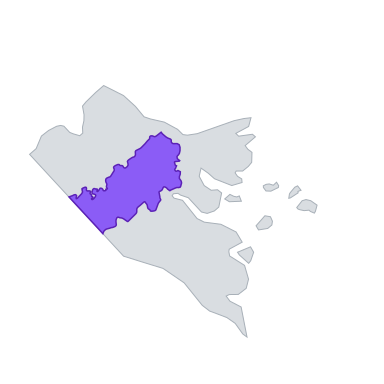 Bafatá on a map of Guinea-Bissau (Robinson projection), rotated 227°
{"feature_id": "GNB-776", "entity_name": "Bafatá", "entity_type": "Region", "adm_level": 1, "iso_a3": "GNB", "parent_name": "Guinea-Bissau", "parent_adm1": "", "projection": "robinson", "projection_center": [-14.664, 12.138], "detail": "fine", "context": "in_parent", "style": "filled", "palette": "violet", "viewbox_px": 384, "rotation_deg": 227, "n_neighbors": 0, "source": "natural_earth", "source_scale": "10m", "svg_char_len": 6401}
<svg xmlns="http://www.w3.org/2000/svg" viewBox="0 0 384 384"><g transform="rotate(227 192 192)"><path d="M48.4,133.3L53.6,132.3L66.4,134.0L76.3,131.9L83.3,128.5L92.9,123.7L102.1,122.2L130.9,124.3L155.9,118.7L174.5,108.0L191.7,98.2L214.0,98.3L237.8,98.5L271.7,98.6L298.6,98.7L330.3,98.9L330.0,107.6L335.6,120.0L334.8,129.1L332.4,137.8L330.3,141.3L327.5,143.2L319.0,143.2L315.4,144.9L309.7,148.3L309.6,152.3L314.1,156.1L317.8,161.5L322.1,165.7L329.5,170.5L330.2,175.9L330.5,189.4L330.1,200.0L309.2,207.7L293.2,209.0L279.7,208.2L273.8,211.4L262.0,219.4L247.6,224.2L240.2,224.5L236.7,227.4L231.1,235.6L215.4,271.5L210.3,280.1L206.1,285.8L201.3,278.1L205.0,264.0L201.0,264.2L193.0,275.6L189.1,276.0L189.7,262.5L185.2,262.0L180.1,262.9L173.0,255.9L172.3,250.6L172.8,243.3L177.2,238.6L176.6,236.6L172.4,236.0L167.7,237.3L164.8,235.1L169.6,225.5L186.3,217.5L194.7,216.7L203.3,214.9L198.6,208.0L188.4,205.3L180.2,207.2L176.2,212.2L171.1,213.0L162.7,201.3L162.9,195.4L166.0,188.5L170.9,185.3L190.3,185.4L197.6,181.5L200.6,180.8L203.4,177.2L202.8,174.9L199.7,174.7L192.4,179.4L169.1,177.6L161.6,180.4L148.7,191.1L132.7,197.0L121.1,194.5L124.8,180.2L123.2,178.2L119.5,175.9L102.5,180.4L89.7,173.9L84.6,166.0L85.5,156.0L91.6,149.3L92.6,146.0L86.2,145.3L74.4,149.5L48.4,133.3ZM104.7,272.9L97.1,274.5L93.7,269.1L93.1,267.1L97.1,265.3L98.9,265.2L101.9,261.3L105.6,258.7L107.3,257.9L109.2,258.0L110.5,266.6L108.7,270.2L104.7,272.9ZM124.9,229.1L120.4,232.5L115.8,230.9L113.4,227.9L113.7,222.5L118.9,214.8L123.6,215.8L124.9,229.1ZM116.9,184.2L112.0,197.4L105.9,196.0L101.7,188.1L101.2,184.8L113.6,183.7L116.9,184.2ZM141.5,256.1L141.5,260.5L137.5,259.7L136.4,258.3L138.8,250.3L142.3,246.8L146.6,247.3L147.9,248.4L147.0,251.5L145.2,254.0L141.5,256.1ZM157.8,221.4L156.9,223.9L151.6,221.8L159.4,212.7L164.6,211.2L164.4,218.1L160.4,219.6L157.8,221.4ZM125.4,270.4L124.5,273.4L118.9,272.9L120.2,269.9L119.0,269.0L120.6,259.9L121.4,258.5L124.1,261.9L124.5,263.3L125.4,270.4Z" fill="#d9dde1" stroke="#a8b0b8" stroke-width="1"/><path d="M222.3,98.4L229.9,98.5L263.4,98.6L272.3,98.7L270.8,102.2L270.4,103.7L269.9,104.5L269.5,105.0L269.0,105.1L268.5,105.2L268.0,105.1L267.7,104.7L267.2,103.8L266.5,103.1L266.1,102.9L265.8,103.1L265.6,103.9L266.0,110.0L266.4,111.4L266.6,111.9L267.0,112.2L267.9,112.6L268.5,113.3L268.9,113.5L269.3,113.5L269.4,114.0L269.3,114.7L268.8,116.2L268.5,116.9L268.1,117.4L267.9,117.6L267.5,117.7L267.1,117.6L266.9,117.5L266.6,117.3L266.0,116.6L265.6,116.2L265.1,116.0L264.6,116.0L264.1,116.2L263.8,116.6L262.7,117.8L262.4,118.0L262.0,118.2L261.6,118.2L261.3,117.9L261.2,117.7L260.8,116.8L260.5,116.5L260.0,116.3L259.0,116.5L258.5,116.5L258.1,116.3L257.8,115.9L257.5,115.7L257.3,115.6L256.5,116.0L256.1,116.1L255.7,115.9L255.6,115.4L255.7,114.7L255.7,114.1L255.3,113.7L254.8,113.7L254.4,114.0L254.2,114.7L254.1,115.7L254.4,117.6L254.7,118.6L255.1,119.2L255.5,119.5L256.0,119.5L256.5,119.3L256.9,119.1L258.2,118.3L258.7,118.1L259.1,118.1L259.5,118.3L259.9,118.7L261.1,120.3L261.3,120.8L261.5,121.3L261.5,122.0L261.4,122.6L260.8,123.2L260.3,123.4L259.8,123.6L259.5,124.0L259.2,124.4L258.9,124.6L258.5,124.6L258.2,124.3L257.7,123.4L257.5,123.1L257.3,123.0L256.9,123.1L256.7,123.6L256.7,124.3L257.1,126.2L257.3,126.7L257.4,127.1L257.4,127.4L257.0,127.9L256.6,128.2L256.1,128.5L255.5,128.6L254.9,128.6L254.4,128.5L253.7,128.1L253.3,128.2L253.0,128.4L252.6,128.8L252.3,129.2L252.1,129.6L252.0,130.0L252.1,130.4L252.5,130.6L252.8,130.8L252.6,131.3L252.4,131.7L252.2,131.9L252.1,132.0L252.2,132.3L252.3,132.5L253.9,132.8L254.3,133.1L254.6,133.5L255.2,134.4L255.5,134.8L255.9,135.1L256.3,135.3L257.9,135.8L258.3,136.0L259.1,136.5L259.8,137.3L260.1,137.7L260.3,138.3L260.3,139.1L259.9,140.3L259.7,141.0L259.1,142.1L259.0,142.8L259.1,143.6L260.6,149.2L260.7,149.6L260.9,149.9L261.2,150.2L261.6,150.5L262.0,150.8L263.0,151.1L263.4,151.4L263.7,151.8L263.8,152.7L263.6,154.0L262.8,156.3L262.2,157.1L261.6,157.5L261.1,157.4L260.6,157.5L260.2,157.7L259.2,158.7L258.8,159.0L258.3,159.1L257.9,159.1L256.7,158.8L256.2,158.8L255.7,159.0L255.2,159.4L254.9,160.0L254.8,161.2L254.8,162.1L255.1,163.2L255.5,163.8L255.9,164.1L256.7,164.7L258.1,165.4L258.4,165.6L258.7,166.5L258.7,167.9L258.2,170.9L257.9,172.2L257.5,173.0L257.3,173.2L257.2,173.7L257.1,174.3L257.4,175.3L257.7,175.9L258.1,176.3L260.0,177.9L260.3,178.3L260.5,178.9L260.4,179.7L259.3,183.4L259.1,184.3L259.1,185.6L259.3,190.5L259.8,194.5L259.8,196.5L259.9,197.2L260.2,197.7L260.9,198.4L261.2,198.8L261.3,199.4L261.2,200.0L260.5,200.9L259.9,201.4L258.4,202.1L258.0,202.4L257.7,202.7L257.3,204.2L256.8,210.2L254.7,210.0L250.3,210.5L248.2,211.0L245.5,212.3L244.7,212.4L244.1,212.2L243.0,211.2L242.7,210.9L241.1,210.8L240.2,211.2L237.6,214.1L235.4,214.9L232.8,213.7L230.4,211.4L228.8,209.0L228.4,207.2L228.4,206.0L228.0,205.0L226.3,204.0L223.3,204.4L223.2,203.8L225.6,200.6L225.9,199.8L225.5,199.3L223.1,198.1L222.7,198.1L222.3,198.3L221.8,198.6L221.5,198.2L221.2,197.3L220.6,196.3L220.5,195.5L220.2,194.7L219.3,194.3L218.3,194.4L217.7,195.0L217.3,196.4L214.8,197.3L213.1,195.6L211.8,193.2L210.5,192.0L207.7,191.6L206.9,191.3L205.8,190.6L205.2,189.8L204.8,189.0L204.0,187.9L203.6,186.5L204.4,185.2L205.6,184.0L206.2,182.7L208.0,177.5L208.0,176.8L208.4,176.5L209.8,176.4L210.8,176.1L211.1,176.2L212.2,176.2L213.2,176.0L213.7,175.8L214.1,175.6L214.5,175.3L214.8,175.1L214.9,174.9L215.0,174.6L215.0,174.2L214.7,173.5L214.1,172.0L214.0,171.5L213.9,171.2L214.0,170.5L214.1,169.8L214.5,168.8L214.6,168.2L214.3,167.7L210.5,165.3L210.0,164.8L209.2,164.4L208.2,164.1L207.7,163.9L207.4,163.5L207.3,162.9L206.9,160.3L206.5,159.2L203.6,153.5L203.5,152.8L203.7,152.0L204.4,150.8L205.3,149.6L205.7,149.2L206.0,148.9L206.4,148.7L206.9,148.8L207.4,148.9L207.9,149.0L208.4,148.9L208.9,148.7L209.4,148.6L209.9,148.6L210.2,148.7L210.6,148.8L213.0,150.3L213.5,150.5L214.1,150.6L215.9,150.7L216.9,150.9L217.3,150.6L217.5,149.7L217.6,144.7L217.8,142.6L217.7,141.2L217.4,140.3L217.0,139.8L215.2,138.1L214.9,137.7L214.7,137.3L214.5,136.7L214.4,136.0L214.1,125.5L214.2,124.9L214.7,124.6L219.3,123.6L220.7,123.0L221.2,122.7L222.3,121.7L222.7,121.5L223.2,121.3L223.7,121.0L224.0,120.7L224.3,120.3L224.4,119.7L224.1,118.8L223.8,118.2L223.6,117.8L223.4,117.4L222.1,116.1L219.7,114.3L219.4,113.9L219.2,113.3L219.2,112.4L219.8,110.7L220.2,109.8L221.2,108.3L221.6,107.2L223.1,104.4L223.3,103.9L223.5,103.1L223.5,101.9L223.4,100.6L222.3,98.4Z" fill="#8b5cf6" stroke="#5b21b6" stroke-width="1.5"/></g></svg>